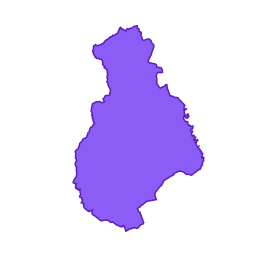 El Tarra, Norte de Santander, Colombia (orthographic projection), rotated 346°
{"feature_id": "7082276B68903742800707", "entity_name": "El Tarra", "entity_type": "district", "adm_level": 2, "iso_a3": "COL", "parent_name": "Colombia", "parent_adm1": "Norte de Santander", "projection": "orthographic", "projection_center": [-72.995, 8.694], "detail": "fine", "context": "isolated", "style": "filled", "palette": "violet", "viewbox_px": 256, "rotation_deg": 346, "n_neighbors": 0, "source": "geoboundaries", "source_scale": "gbopen_adm2", "svg_char_len": 5852}
<svg xmlns="http://www.w3.org/2000/svg" viewBox="0 0 256 256"><g transform="rotate(346 128 128)"><path d="M138.2,204.3L137.7,199.5L139.1,197.0L144.6,192.7L146.4,191.9L148.9,189.4L149.3,188.5L150.1,187.8L151.7,187.3L152.5,186.8L155.0,186.3L157.3,185.2L160.2,184.9L162.1,183.3L162.9,182.9L167.1,182.3L169.4,183.0L171.0,183.9L171.4,184.6L171.9,184.8L172.4,186.0L173.3,187.0L176.0,187.8L176.5,188.3L178.4,189.2L180.6,188.0L185.1,186.3L186.4,185.3L186.8,185.6L187.7,185.7L188.4,184.7L188.9,184.6L189.2,183.7L190.2,182.6L191.2,182.0L191.3,181.0L192.0,179.9L192.1,179.0L192.6,178.4L193.4,178.3L193.7,177.5L193.6,176.6L194.5,174.9L194.4,174.8L193.8,175.0L193.5,174.5L193.1,174.9L192.6,174.9L192.3,174.2L193.0,173.5L193.2,172.9L194.4,170.8L194.1,170.6L193.4,170.9L193.0,170.7L193.6,169.4L193.4,168.1L192.5,166.9L192.5,165.7L191.3,164.5L191.4,163.9L192.2,163.0L191.1,163.2L190.3,161.6L190.4,160.3L190.1,159.4L190.7,158.7L189.7,158.1L189.8,157.8L191.0,157.3L192.6,157.2L192.7,156.6L192.5,156.0L191.6,156.3L190.3,155.3L189.3,155.9L188.9,155.7L188.8,154.9L190.2,154.8L190.6,154.0L191.4,153.5L191.4,153.2L190.3,152.9L190.3,151.6L190.0,151.0L188.5,151.5L188.2,151.3L188.4,148.5L189.6,147.4L189.9,146.8L189.6,146.5L188.6,147.0L188.2,146.9L188.0,144.8L188.1,144.6L190.2,144.5L190.8,143.9L191.0,142.8L191.6,142.0L191.0,141.7L190.1,141.9L189.3,141.6L188.7,140.2L187.8,140.7L187.0,137.9L187.5,136.6L186.4,135.8L185.3,135.7L184.2,132.8L184.5,130.7L185.1,130.0L186.0,130.4L186.4,132.0L187.8,132.9L189.8,131.5L189.2,130.8L189.7,130.4L190.0,129.4L189.6,128.9L189.1,128.8L188.7,129.1L189.0,129.9L188.5,130.4L186.0,129.5L185.8,129.1L186.6,128.1L186.6,127.5L186.2,126.8L186.9,125.2L186.4,124.1L186.6,123.9L188.8,124.2L189.3,123.8L189.0,123.3L187.7,123.1L187.0,122.5L187.1,121.7L188.6,120.0L188.5,119.5L184.3,112.2L183.6,110.6L181.0,109.7L179.1,108.1L176.4,106.6L176.5,104.8L175.8,99.9L175.8,98.0L176.2,95.6L176.1,95.2L175.7,95.0L174.9,95.1L173.7,96.4L171.4,96.5L169.2,97.1L168.3,96.4L167.4,93.6L166.7,92.5L168.0,85.8L168.1,84.3L168.5,83.2L169.3,82.1L170.5,81.5L171.3,81.5L173.9,82.4L175.0,82.4L175.2,80.9L175.1,78.7L174.7,77.6L174.1,77.1L170.9,76.2L170.8,73.4L170.2,72.6L164.4,69.8L163.8,69.2L163.6,68.5L165.0,66.1L168.6,62.1L169.0,61.0L172.5,55.9L173.1,53.6L171.7,51.4L171.5,49.0L170.6,47.3L169.7,46.7L168.4,46.4L164.8,46.8L164.1,46.5L163.6,46.0L163.3,45.2L163.3,42.9L162.9,41.4L163.1,40.6L163.7,40.0L164.0,38.7L163.6,37.8L162.0,37.0L162.1,36.3L162.7,35.2L162.6,34.7L161.3,33.5L161.8,31.5L161.7,31.1L160.7,30.9L160.0,31.3L158.9,30.8L157.2,31.3L155.8,32.2L154.2,31.7L153.5,32.3L152.8,32.5L152.0,32.1L151.9,31.6L151.3,31.5L150.3,31.9L149.5,33.5L148.3,32.6L146.9,30.6L145.9,30.6L145.3,30.2L145.2,29.4L145.5,28.8L145.0,28.5L144.5,28.8L143.4,29.9L143.2,30.7L141.9,31.9L141.3,33.0L140.3,33.8L139.1,33.9L137.7,34.7L137.1,34.7L136.5,35.0L135.5,34.3L134.3,35.8L133.4,35.3L132.3,35.4L131.7,36.3L130.7,36.5L129.6,37.0L128.9,37.0L128.6,37.4L128.0,37.4L126.2,38.4L125.7,39.2L124.8,39.5L124.3,40.1L123.0,40.0L122.3,40.5L119.5,40.6L118.8,40.9L117.6,40.3L116.5,39.2L116.0,40.1L114.9,39.8L114.2,40.7L113.9,41.5L114.0,42.0L113.3,43.1L113.3,43.7L112.6,44.2L112.7,44.7L112.4,44.9L112.6,45.7L112.4,46.3L112.6,46.6L112.4,47.9L112.9,48.7L112.8,49.3L113.2,50.2L113.1,51.2L113.9,51.8L114.4,52.8L116.9,53.9L117.5,54.6L118.5,54.8L118.8,55.1L119.4,56.8L119.3,58.9L118.8,59.5L118.9,60.9L120.4,62.9L119.8,63.2L119.5,63.6L120.6,65.0L121.5,65.7L121.4,67.3L121.8,67.8L121.3,69.1L121.3,71.3L121.1,71.6L120.4,71.9L120.2,73.3L119.8,74.1L120.0,75.3L119.7,76.8L118.5,78.2L119.2,79.1L119.1,81.4L119.4,83.3L120.3,85.8L119.5,88.5L118.5,90.1L118.5,91.2L117.9,91.6L116.0,91.5L114.3,91.0L113.8,91.2L112.0,93.2L110.9,93.5L111.0,95.1L111.4,96.8L110.8,97.1L108.4,97.0L106.9,95.5L104.9,95.0L102.9,95.0L101.5,95.5L99.8,95.7L99.4,96.0L97.3,100.2L96.9,101.8L96.3,102.3L96.5,103.7L96.9,104.4L96.8,105.5L96.0,106.2L96.2,106.7L95.9,107.2L96.3,107.7L96.2,108.1L96.4,108.6L96.2,109.2L95.7,109.5L96.0,110.0L96.2,111.0L95.9,111.5L96.0,112.1L95.8,112.7L96.5,114.0L96.2,114.5L96.6,115.6L95.4,116.0L94.5,117.1L93.9,117.4L93.6,118.4L92.3,118.3L91.5,118.7L90.3,120.4L89.4,122.5L87.6,123.2L87.3,124.4L85.8,126.2L85.7,126.8L84.0,127.7L83.5,127.4L82.6,127.5L81.5,127.9L80.9,128.9L79.3,130.2L77.5,131.2L76.4,133.5L75.6,134.3L74.6,136.2L72.9,136.6L72.0,137.3L71.3,137.6L71.0,138.3L71.2,140.3L70.2,142.6L70.3,143.8L69.7,144.4L69.8,144.9L70.5,145.8L70.4,146.9L69.1,148.1L68.0,150.0L68.1,152.5L68.5,153.7L67.8,155.8L67.6,157.9L67.3,158.6L67.3,160.4L66.1,162.2L66.0,162.9L63.4,164.8L61.5,167.6L62.1,168.5L62.9,168.8L63.5,169.5L64.5,169.7L63.3,170.9L63.7,172.1L62.6,172.7L63.1,174.5L63.3,174.6L64.2,174.3L64.4,175.2L64.9,175.3L64.7,175.9L65.1,176.3L65.6,176.3L66.3,175.8L66.8,175.9L66.0,178.1L65.9,178.8L66.2,179.2L66.0,180.9L65.3,181.8L64.7,182.1L64.5,182.8L64.7,183.8L65.3,183.9L66.4,184.5L65.9,185.8L66.3,186.7L65.9,188.3L65.6,188.6L64.8,188.8L64.5,189.3L65.3,189.4L65.8,190.1L66.7,190.7L66.1,192.3L66.0,193.7L66.7,195.9L67.9,196.9L68.5,198.5L70.2,199.6L70.2,199.3L70.7,199.2L71.0,198.8L71.8,199.4L72.7,199.5L73.2,199.1L73.7,199.0L73.0,199.8L72.9,200.7L72.6,201.2L72.4,202.9L73.6,204.6L74.6,205.3L75.6,206.6L79.1,211.4L81.2,211.8L82.1,211.3L82.6,211.4L83.7,212.1L86.2,212.4L87.2,214.1L88.6,215.4L90.1,215.6L90.9,216.1L92.6,218.1L92.8,218.9L94.6,219.8L95.0,220.5L95.6,220.6L96.1,221.4L97.7,222.3L98.5,222.2L99.0,222.5L99.5,221.6L100.2,221.6L100.6,222.2L100.5,222.7L101.0,224.1L100.8,225.8L101.1,226.7L100.9,227.5L101.7,227.5L102.1,227.1L103.0,227.3L104.7,226.0L106.6,226.7L107.9,226.1L109.2,226.5L110.2,226.0L111.9,227.4L113.1,227.5L114.3,227.1L114.9,226.2L117.0,224.9L119.5,224.7L120.4,223.5L119.9,220.8L120.1,219.5L119.6,218.3L119.6,215.3L118.9,214.3L119.4,213.0L118.0,211.5L117.9,209.4L117.6,208.7L119.4,207.5L121.1,207.4L121.4,206.4L121.9,206.1L123.2,206.1L128.4,203.7L138.2,204.3Z" fill="#8b5cf6" stroke="#5b21b6" stroke-width="1.5"/></g></svg>